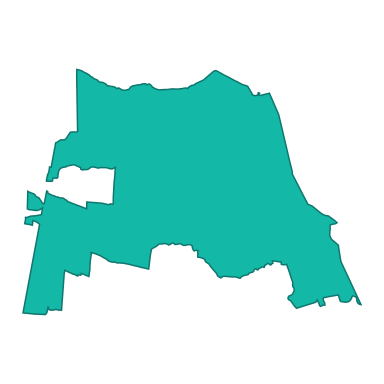 outline of Garoafa, Vrancea, Romania
{"feature_id": "2599482B42581199189743", "entity_name": "Garoafa", "entity_type": "district", "adm_level": 2, "iso_a3": "ROU", "parent_name": "Romania", "parent_adm1": "Vrancea", "projection": "orthographic", "projection_center": [27.251, 45.799], "detail": "fine", "context": "isolated", "style": "filled", "palette": "teal", "viewbox_px": 384, "rotation_deg": 0, "n_neighbors": 0, "source": "geoboundaries", "source_scale": "gbopen_adm2", "svg_char_len": 5820}
<svg xmlns="http://www.w3.org/2000/svg" viewBox="0 0 384 384"><path d="M61.5,310.3L64.2,273.7L64.8,270.3L73.2,274.2L74.8,274.5L76.2,275.4L77.8,276.0L78.0,275.8L78.4,274.7L80.8,275.2L81.3,273.4L88.9,276.5L90.0,268.4L89.8,267.5L90.4,260.0L90.7,258.7L91.1,254.8L91.4,253.7L91.1,252.5L91.5,252.5L92.6,253.0L93.4,253.1L96.3,254.1L100.5,255.8L104.3,258.1L106.0,258.9L108.6,261.0L111.8,262.1L115.2,262.2L116.7,262.8L117.6,263.0L118.9,262.9L123.4,263.2L129.9,264.5L135.0,265.9L135.8,265.9L141.5,267.5L144.4,268.0L148.7,269.1L149.8,259.5L150.6,253.7L151.5,249.4L152.0,248.7L155.9,246.6L159.4,243.9L161.4,244.0L162.9,243.9L164.2,243.5L165.2,243.6L167.6,244.2L168.5,245.0L169.7,244.7L171.9,243.3L173.1,243.0L175.0,244.5L177.4,244.3L179.7,243.6L181.6,244.2L182.1,244.8L183.4,245.3L185.5,245.4L186.7,244.9L189.2,244.6L190.5,244.8L191.4,245.3L192.3,246.0L192.3,247.4L192.6,248.5L193.4,250.2L194.2,251.0L194.9,250.6L196.3,250.3L198.3,250.9L197.8,251.8L197.6,252.5L197.9,253.8L197.7,257.1L200.6,257.6L204.8,259.2L205.3,261.5L209.0,264.1L211.2,267.3L216.6,273.6L217.7,276.1L220.8,278.0L221.0,277.5L221.1,277.4L222.5,276.9L222.7,276.5L223.0,276.4L224.9,276.3L233.1,277.0L234.9,276.8L240.1,278.3L240.5,277.7L242.6,276.0L245.0,275.3L247.8,274.7L248.1,274.6L248.9,273.5L249.6,273.0L251.1,272.5L252.5,272.2L253.6,271.4L254.4,269.3L254.6,269.1L256.0,268.7L256.3,269.4L257.3,269.9L258.3,269.6L258.4,269.0L260.0,268.0L262.7,266.8L263.4,266.9L263.9,267.4L264.3,267.3L264.8,265.3L265.1,265.0L265.7,264.9L267.7,263.5L268.6,263.6L270.1,264.9L271.3,264.6L271.6,263.8L272.9,263.3L272.4,260.9L273.5,260.9L278.1,261.7L281.1,262.0L281.3,264.3L282.7,264.7L284.4,264.8L286.7,264.4L287.5,267.0L288.9,270.8L291.9,280.0L292.8,282.4L292.6,285.2L292.8,286.7L293.7,287.5L294.2,289.4L294.1,290.9L292.3,294.3L291.7,294.9L288.7,296.2L288.5,296.4L287.9,298.6L288.2,298.9L288.7,299.7L290.3,300.5L291.1,301.3L293.7,305.0L296.4,308.3L315.6,302.3L317.2,300.0L318.2,302.2L318.8,302.9L319.4,305.1L320.0,306.0L320.6,306.4L322.1,305.6L323.9,305.0L324.9,305.1L324.8,303.5L324.5,302.5L323.7,301.3L323.3,299.6L323.3,298.4L323.6,297.6L325.4,297.4L329.4,296.5L338.4,295.0L339.9,300.2L340.2,301.0L340.9,301.6L344.7,302.1L346.7,302.1L347.7,301.9L348.6,301.6L349.8,300.8L350.5,300.0L351.5,298.3L352.1,296.4L352.5,296.0L353.6,296.1L355.3,296.7L356.3,297.7L356.6,298.3L356.9,301.3L357.3,301.8L357.9,303.1L358.3,303.5L359.5,304.3L361.0,304.6L340.9,261.5L338.7,248.0L338.4,245.2L331.4,239.2L329.7,235.5L329.9,231.1L330.3,228.6L329.9,226.8L330.5,224.7L335.8,223.6L337.0,222.7L334.5,220.4L328.3,215.9L325.6,215.5L324.2,215.1L323.3,214.7L320.8,213.1L312.1,206.0L307.9,204.3L292.2,173.9L292.4,172.1L289.8,161.8L280.0,120.1L278.6,114.4L269.4,93.2L261.7,95.1L260.9,95.4L259.9,95.5L259.2,95.2L258.9,94.7L259.0,93.9L259.7,93.5L259.7,93.3L258.6,92.6L258.3,92.7L258.2,92.9L258.1,93.7L257.7,95.1L257.3,95.4L256.6,95.3L255.9,95.6L255.0,95.7L254.4,95.4L253.2,95.3L252.4,94.7L251.8,93.3L251.1,91.9L250.1,90.7L249.7,89.4L248.8,88.5L248.4,87.4L248.0,86.7L247.2,86.0L242.6,84.6L241.7,84.2L236.8,81.5L235.4,81.0L228.4,77.1L225.2,75.6L216.9,71.0L215.7,70.6L214.4,70.9L213.1,71.7L203.5,80.0L195.1,83.9L194.7,84.7L194.4,84.9L191.7,85.4L191.0,85.7L189.2,86.8L188.5,87.4L187.6,88.5L186.8,88.1L186.3,88.0L183.6,88.2L182.4,88.6L179.7,88.8L178.7,89.1L171.7,88.9L167.6,89.5L162.8,89.6L159.2,89.9L157.9,89.6L155.2,88.7L153.2,87.5L152.6,87.4L151.6,85.8L149.7,84.1L148.2,84.0L147.6,84.8L147.3,84.8L146.5,84.6L145.8,83.9L144.8,83.7L142.4,83.9L140.2,84.7L137.5,84.9L132.5,86.0L130.5,87.1L129.7,88.3L128.8,89.3L128.1,89.7L127.3,89.6L126.4,90.0L125.1,90.3L123.0,90.1L122.0,89.9L121.5,89.5L120.4,89.0L118.9,88.0L118.1,88.0L117.3,88.6L117.0,88.6L114.7,87.0L113.8,86.9L112.2,86.4L111.0,86.4L109.0,85.9L107.6,85.9L106.6,84.9L106.2,84.3L105.3,83.7L104.6,83.4L103.9,82.9L101.8,82.2L101.3,82.1L100.9,82.4L100.3,82.4L99.6,82.1L99.1,81.6L98.2,81.1L97.8,80.5L97.1,79.9L95.7,79.4L94.5,78.9L93.7,78.3L93.2,78.1L92.6,77.4L90.9,76.7L89.1,74.8L88.1,74.4L87.5,73.8L87.1,73.8L85.7,72.9L84.8,72.7L83.0,71.5L81.0,70.5L76.8,69.4L76.7,76.4L77.6,131.4L77.3,131.4L77.1,131.7L76.3,132.0L75.7,132.1L73.8,131.9L70.7,132.1L70.3,132.3L69.8,133.0L69.0,134.3L68.3,135.1L67.2,137.0L66.8,137.4L66.0,138.8L64.9,139.6L64.1,139.9L61.2,139.8L60.1,140.2L56.8,142.4L55.9,142.6L55.7,142.9L55.3,144.5L55.2,146.4L54.9,147.1L54.7,148.9L54.5,149.1L51.2,167.2L50.7,167.2L49.6,166.9L49.5,167.0L49.4,168.4L49.1,170.1L49.1,170.9L48.1,174.0L47.7,174.3L46.8,178.4L46.4,180.6L46.5,181.2L51.8,181.3L51.9,180.8L52.5,180.8L52.9,178.7L53.2,178.0L56.7,178.2L57.3,178.0L57.9,176.9L58.0,174.9L58.2,173.6L58.7,171.0L59.5,169.5L61.3,167.9L64.0,167.1L65.0,167.1L66.5,166.6L66.6,166.3L70.1,165.4L74.1,164.7L80.6,167.6L80.9,169.4L82.6,169.9L83.5,169.9L83.6,169.5L83.9,169.4L86.0,169.7L87.0,169.6L87.9,169.3L88.8,168.9L91.0,167.2L91.9,167.0L93.3,167.0L94.8,167.2L98.0,168.1L100.9,167.6L106.8,167.7L109.0,168.5L112.1,169.0L115.3,167.4L114.8,175.8L114.1,182.4L113.3,197.2L113.2,203.9L113.1,204.1L112.8,204.4L110.6,203.8L108.6,204.7L102.0,203.2L86.8,202.0L86.6,208.8L68.0,201.7L66.4,200.1L64.8,199.5L63.7,198.3L61.8,197.9L60.5,198.1L58.2,197.1L56.1,196.9L54.6,196.0L52.2,195.3L50.9,194.7L47.8,193.1L47.7,191.6L46.7,191.0L44.2,203.7L42.7,203.5L38.9,197.8L37.0,197.0L35.5,196.0L35.0,194.8L34.5,194.3L33.5,193.7L30.8,192.8L28.8,191.9L27.8,191.3L27.3,208.8L28.7,209.6L32.7,210.0L33.9,210.3L35.1,210.3L35.8,210.5L36.8,210.5L40.0,209.6L42.5,207.9L41.4,214.7L35.3,215.8L30.8,216.1L26.4,217.6L25.5,217.3L25.4,217.5L25.5,218.2L25.7,218.5L24.7,223.7L31.7,224.9L32.0,225.3L32.3,225.3L32.4,225.1L33.0,220.6L35.6,221.5L37.9,222.9L39.6,224.3L23.0,312.9L35.8,314.2L37.5,314.1L45.4,314.6L45.6,314.5L45.7,314.0L46.4,313.4L46.8,312.7L48.1,307.3L49.1,309.5L49.4,309.9L51.9,310.2L54.7,309.8L56.0,309.4L58.6,310.2L60.6,310.0L61.1,310.3L61.5,310.3Z" fill="#14b8a6" stroke="#0f766e" stroke-width="1.5"/></svg>